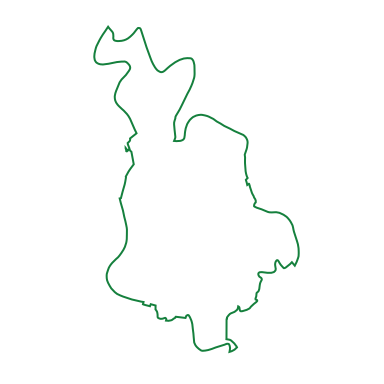 outline of Thanh Ha, Hải Dương, Vietnam, rotated 187°
{"feature_id": "81297802B77309747732529", "entity_name": "Thanh Ha", "entity_type": "district", "adm_level": 2, "iso_a3": "VNM", "parent_name": "Vietnam", "parent_adm1": "Hải Dương", "projection": "equal_earth", "projection_center": [106.42, 20.888], "detail": "fine", "context": "isolated", "style": "outline", "palette": "green", "viewbox_px": 384, "rotation_deg": 187, "n_neighbors": 0, "source": "geoboundaries", "source_scale": "gbopen_adm2", "svg_char_len": 5961}
<svg xmlns="http://www.w3.org/2000/svg" viewBox="0 0 384 384"><g transform="rotate(187 192 192)"><path d="M263.2,227.6L263.1,227.0L262.4,225.7L262.3,224.8L262.2,224.5L261.9,224.4L261.6,224.4L261.0,225.0L260.1,226.0L259.7,226.2L259.2,226.3L258.9,226.2L258.6,226.0L258.2,225.3L257.1,224.6L257.0,224.4L253.2,212.4L256.1,207.3L257.5,204.5L259.6,199.2L259.3,198.4L259.5,194.1L259.7,191.8L259.8,190.9L260.9,184.0L261.8,177.2L263.0,176.8L261.4,172.6L258.3,165.3L256.2,159.1L254.6,155.0L253.2,151.0L252.4,148.5L252.0,146.7L251.5,142.3L251.0,137.3L251.0,135.2L251.1,133.6L251.9,129.4L253.0,126.3L254.7,122.8L256.2,120.1L257.5,118.1L259.2,116.2L262.5,112.0L263.6,110.3L264.5,108.6L265.3,106.7L265.9,104.1L266.4,101.5L266.6,100.2L266.5,98.4L266.1,96.0L265.5,94.0L264.2,91.6L262.3,88.9L260.4,86.5L256.4,83.2L253.9,81.7L250.6,80.6L247.6,79.8L238.6,78.0L229.2,77.0L226.7,76.9L227.0,74.6L226.3,74.4L224.4,74.1L220.5,73.6L219.8,73.5L219.3,75.6L214.3,74.9L213.9,71.0L213.4,70.5L212.7,69.7L212.0,68.7L211.6,67.5L211.2,66.0L210.9,63.8L210.7,63.4L210.4,63.0L209.4,62.6L208.0,62.3L206.5,62.5L205.7,62.7L203.6,63.7L203.3,63.8L203.0,63.7L202.6,63.5L202.2,63.0L202.0,62.5L202.0,61.8L202.1,61.2L199.6,61.3L197.1,62.1L196.1,62.7L195.0,63.8L194.2,64.5L193.6,64.9L193.2,65.3L193.1,66.0L192.9,66.2L183.1,66.2L182.9,67.1L182.5,68.5L182.2,68.7L181.4,69.3L180.8,69.4L180.1,69.1L178.7,67.3L177.0,64.4L176.3,62.8L175.6,60.9L174.5,56.2L173.4,51.9L172.6,48.0L171.5,43.0L170.9,41.9L169.8,40.2L168.4,38.8L166.2,37.2L163.8,35.9L163.0,35.7L162.0,35.7L159.6,36.2L156.7,37.1L153.3,38.6L149.5,40.6L141.1,44.4L139.5,45.3L138.8,45.6L138.0,45.7L137.6,45.7L137.0,45.6L136.2,44.6L135.8,43.8L135.2,41.7L135.2,39.4L135.3,37.9L133.3,38.8L131.1,40.3L130.3,41.0L128.4,43.3L129.0,44.2L129.7,44.9L131.6,46.9L134.0,48.6L135.1,49.4L136.4,49.9L137.6,50.0L139.9,50.1L140.0,51.5L142.2,70.0L141.8,70.3L141.8,70.5L142.0,71.7L141.4,72.8L140.5,74.3L139.5,75.6L138.6,76.3L135.2,78.2L133.8,79.6L132.9,80.6L132.4,81.7L132.3,82.6L132.2,84.1L131.5,83.8L131.0,83.3L130.7,82.6L130.5,81.7L130.1,80.6L129.9,80.1L129.5,79.8L129.1,79.6L128.9,79.6L128.3,79.7L127.4,79.9L123.3,81.7L120.8,83.4L120.2,84.2L119.6,85.3L116.9,88.5L114.8,90.6L114.1,91.6L114.0,91.8L114.0,92.0L114.2,92.5L114.6,92.8L115.7,93.0L115.9,93.4L116.0,93.6L115.9,94.4L115.6,95.8L115.5,96.4L115.6,99.0L115.6,99.4L115.4,99.9L114.4,101.0L114.0,101.5L113.8,102.1L113.6,102.9L113.4,104.0L113.4,107.8L113.3,109.5L113.1,110.4L112.8,111.5L112.2,112.9L112.1,113.9L112.3,114.4L112.6,114.9L113.1,115.3L114.7,116.1L115.5,117.0L115.9,117.7L116.1,118.2L116.2,118.9L116.1,119.5L115.7,120.1L115.2,120.5L114.6,120.7L112.7,121.0L107.3,121.0L103.4,121.5L101.7,122.2L100.9,122.6L100.0,123.7L99.6,124.4L99.5,125.9L99.8,126.8L100.5,129.3L100.7,130.4L100.7,131.7L100.5,132.8L100.0,133.9L99.6,134.5L99.1,134.7L98.7,134.7L98.2,134.4L97.4,133.5L96.3,132.0L95.0,130.5L93.3,129.0L91.9,127.8L91.4,127.6L90.4,128.0L89.6,128.6L85.8,132.5L84.3,134.5L81.0,131.4L79.7,135.1L79.2,137.1L78.6,139.8L78.4,141.3L78.6,144.1L78.9,146.3L79.4,149.2L80.5,153.0L81.7,155.8L85.9,164.9L86.6,166.7L87.4,169.2L88.2,171.2L90.2,174.1L91.6,175.8L93.6,177.7L95.1,178.9L98.4,180.6L102.7,182.0L105.9,182.2L107.3,182.0L110.7,181.4L112.9,181.3L114.4,181.5L120.8,183.3L125.8,184.3L127.3,184.8L128.3,185.2L128.7,185.6L128.7,186.9L128.5,187.8L128.1,188.7L127.5,189.4L127.5,189.8L127.6,190.5L127.7,191.2L127.9,191.6L128.4,192.6L129.6,194.0L130.0,194.7L130.3,195.4L131.5,197.0L132.4,198.4L134.9,203.7L135.3,204.6L135.4,205.1L136.3,207.0L136.5,207.1L138.0,205.7L138.8,207.9L140.0,210.6L138.5,212.7L139.2,213.7L140.1,215.6L140.7,217.2L141.3,219.1L142.1,223.1L142.9,227.1L143.3,230.4L143.5,232.6L144.2,235.5L143.0,241.3L142.8,242.9L142.8,247.6L143.1,249.2L143.5,250.2L144.0,251.1L145.2,252.8L146.8,254.1L148.1,254.9L149.8,255.4L157.4,257.7L162.0,259.5L168.0,261.5L172.0,263.4L176.0,265.0L179.7,267.1L184.7,268.9L186.4,269.3L188.6,269.6L191.4,269.8L192.8,269.7L194.9,269.2L197.1,268.4L200.0,266.6L201.3,265.3L202.9,263.3L203.6,262.0L204.4,260.4L205.1,258.7L206.0,254.4L206.2,251.2L206.2,249.4L206.1,247.4L206.2,245.0L206.3,244.3L206.7,243.5L207.1,242.9L208.5,241.9L209.9,241.3L213.6,240.6L216.0,240.5L215.5,242.4L215.2,243.9L215.3,245.0L215.6,246.2L216.9,251.7L218.0,256.9L218.2,258.9L218.0,260.5L217.5,263.2L217.6,264.3L217.3,265.5L214.3,272.3L212.6,277.1L208.6,288.8L206.8,293.4L205.6,297.2L204.8,300.2L203.8,305.5L203.7,307.2L203.8,309.4L204.6,315.2L205.1,318.3L205.8,320.3L206.5,322.0L207.2,323.0L207.9,323.7L208.5,324.2L209.4,324.5L210.4,324.5L213.0,324.3L216.4,323.5L220.4,321.6L224.4,318.8L229.0,314.6L231.2,312.2L233.5,309.5L234.5,308.5L235.4,307.8L236.3,307.4L237.1,307.2L237.7,307.2L238.9,307.5L241.1,308.5L242.6,309.8L244.0,311.3L246.2,314.2L248.0,317.0L249.9,320.6L252.7,326.1L254.6,329.8L262.0,345.8L262.7,347.2L263.2,347.9L263.6,348.2L264.2,348.3L265.1,348.3L265.7,348.1L266.7,346.7L269.2,342.5L270.3,341.0L272.2,338.7L274.3,336.6L276.1,335.3L278.0,334.3L280.2,333.5L283.0,332.9L284.7,332.7L286.7,332.8L287.8,333.2L288.5,334.0L288.9,335.1L289.0,336.8L289.4,339.0L289.7,340.0L290.6,341.3L294.3,344.6L295.4,345.8L297.7,341.2L299.7,337.4L301.3,333.9L302.4,331.2L304.5,325.3L304.9,323.6L305.2,321.4L305.6,317.6L305.5,314.7L305.3,313.5L304.6,311.2L303.8,310.0L302.9,309.0L302.0,308.5L300.5,307.9L298.7,307.6L296.0,307.7L290.5,309.1L282.4,311.8L278.0,312.8L274.6,313.3L272.9,312.9L271.2,311.7L270.2,310.8L269.4,310.0L268.8,308.9L268.5,307.9L268.5,307.1L268.7,306.1L269.4,304.5L271.9,300.0L275.6,295.1L277.2,292.0L279.6,283.2L280.1,280.8L280.3,278.5L280.3,277.2L279.9,275.1L279.3,273.4L278.2,271.5L276.5,269.6L275.0,268.3L271.9,266.0L269.7,264.5L266.0,261.4L264.3,259.6L262.4,257.1L256.5,247.1L254.3,243.7L254.2,243.5L260.0,237.6L259.8,236.8L259.8,235.9L260.0,235.1L260.4,234.5L261.8,232.8L261.5,231.5L259.4,227.6L259.3,226.8L259.8,226.7L260.2,226.5L260.6,226.1L261.2,225.4L261.7,224.9L261.8,224.9L261.9,225.0L261.8,225.7L262.0,226.0L262.5,226.7L262.7,227.1L263.2,227.6Z" fill="none" stroke="#15803d" stroke-width="2"/></g></svg>